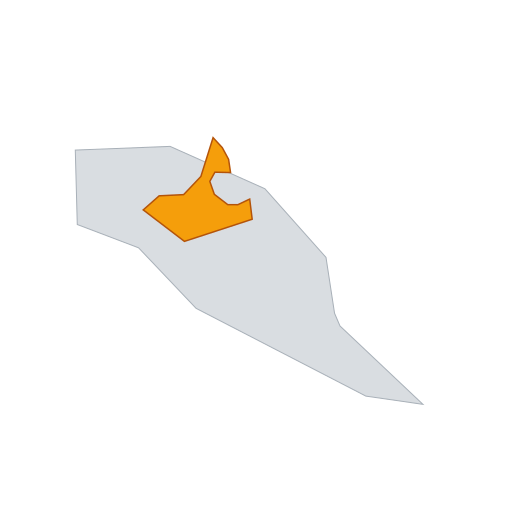 Palau, with Ngatpang highlighted, rotated 108°
{"feature_id": "PLW-5254", "entity_name": "Ngatpang", "entity_type": "state/province", "adm_level": 1, "iso_a3": "PLW", "parent_name": "Palau", "parent_adm1": "", "projection": "orthographic", "projection_center": [134.527, 7.478], "detail": "fine", "context": "in_parent", "style": "filled", "palette": "amber", "viewbox_px": 512, "rotation_deg": 108, "n_neighbors": 0, "source": "natural_earth", "source_scale": "10m", "svg_char_len": 580}
<svg xmlns="http://www.w3.org/2000/svg" viewBox="0 0 512 512"><g transform="rotate(108 256 256)"><path d="M281.3,435.7L211.1,460.6L178.3,371.6L189.3,268.3L235.7,189.0L286.2,163.6L296.6,154.5L345.5,51.4L355.3,108.2L324.3,296.8L284.5,370.2L281.3,435.7Z" fill="#d9dde1" stroke="#a8b0b8" stroke-width="1"/><path d="M156.7,333.4L163.4,321.5L172.6,311.9L184.5,306.0L189.0,321.0L199.3,323.0L210.2,314.7L215.9,298.7L212.8,289.1L203.8,279.6L222.2,271.0L264.2,328.6L247.0,377.5L228.7,366.7L220.0,343.8L197.4,333.0L156.7,333.4Z" fill="#f59e0b" stroke="#b45309" stroke-width="1.5"/></g></svg>